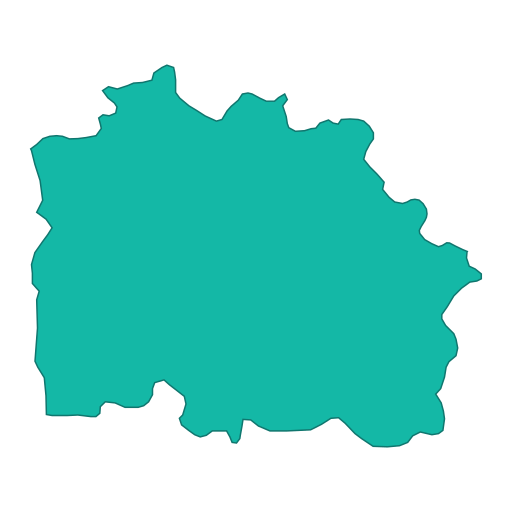 Svislach, Grodno, Belarus (Mercator projection)
{"feature_id": "67162791B1668576645583", "entity_name": "Svislach", "entity_type": "district", "adm_level": 2, "iso_a3": "BLR", "parent_name": "Belarus", "parent_adm1": "Grodno", "projection": "mercator", "projection_center": [24.286, 52.932], "detail": "fine", "context": "isolated", "style": "filled", "palette": "teal", "viewbox_px": 512, "rotation_deg": 0, "n_neighbors": 0, "source": "geoboundaries", "source_scale": "gbopen_adm2", "svg_char_len": 2601}
<svg xmlns="http://www.w3.org/2000/svg" viewBox="0 0 512 512"><path d="M467.3,251.5L462.7,249.6L455.0,245.9L449.6,243.0L446.7,242.8L442.3,245.5L438.5,246.7L431.6,243.6L424.7,239.6L419.7,233.4L419.3,230.4L421.2,226.5L424.9,220.6L426.4,217.3L427.0,213.9L426.4,209.1L423.1,203.7L419.1,200.1L414.9,199.3L410.9,199.9L407.2,202.0L402.6,203.5L394.7,202.0L389.0,197.2L382.6,189.4L384.1,182.2L377.0,174.1L369.8,166.9L363.7,159.3L365.8,151.6L369.8,144.0L373.4,138.9L373.4,132.8L369.3,126.2L363.7,121.1L358.1,119.5L350.0,119.0L341.3,119.5L338.2,124.1L333.1,123.1L328.5,120.0L319.9,123.1L315.8,128.2L311.2,128.7L304.6,130.7L295.4,131.3L288.8,127.7L287.3,123.6L286.2,116.5L282.7,105.8L287.3,99.6L284.7,94.0L278.6,97.6L274.5,101.2L272.0,101.2L266.3,101.2L259.7,98.1L252.1,94.0L248.0,93.0L242.4,94.0L238.3,100.2L231.2,106.3L227.1,110.9L222.0,119.5L216.4,121.1L205.2,116.0L196.5,110.4L188.9,105.8L179.7,98.1L175.6,92.5L175.6,86.4L175.6,79.8L174.6,72.1L173.6,67.5L169.5,66.1L166.9,65.2L162.0,67.5L153.9,73.0L151.9,80.2L142.5,82.5L133.6,83.1L127.4,85.7L117.3,89.0L108.5,86.7L102.6,90.6L107.9,97.8L114.4,103.0L117.0,106.9L115.7,113.1L109.2,115.8L103.0,114.8L98.7,118.0L100.4,124.2L101.3,128.5L96.1,135.7L86.0,137.6L77.8,138.6L69.4,138.9L62.5,136.3L56.6,135.7L49.8,136.3L42.9,138.6L36.7,144.5L30.7,148.9L31.5,150.6L34.9,164.3L40.1,180.6L42.7,200.3L36.7,212.3L46.1,219.2L52.1,227.8L47.8,234.6L42.7,241.5L34.9,252.6L31.5,264.6L32.4,273.2L32.4,283.5L39.2,291.2L36.7,299.8L37.5,328.1L35.0,361.2L37.8,367.2L44.3,377.7L46.0,395.8L46.4,414.5L52.0,415.5L67.4,415.5L77.8,415.0L91.0,416.6L95.9,416.6L99.8,413.3L100.3,406.7L105.3,401.8L115.1,402.9L125.0,407.3L138.2,407.3L143.7,405.7L148.6,401.8L152.5,394.7L152.5,388.6L154.7,382.6L164.0,379.9L169.5,384.8L174.4,388.6L184.3,396.3L186.0,404.0L182.7,415.0L179.4,418.3L181.6,424.9L188.7,430.4L194.7,434.7L200.2,436.9L206.3,435.3L212.3,430.9L220.5,430.9L226.6,430.9L229.9,436.9L232.1,442.4L236.5,443.0L239.8,438.6L240.3,435.3L241.9,426.5L243.0,419.4L250.7,419.9L258.4,426.0L269.9,430.9L282.0,430.9L287.0,430.9L310.6,429.8L321.5,424.3L330.9,418.3L338.6,417.7L345.1,423.2L355.0,433.6L361.6,438.6L373.1,446.3L387.4,446.8L399.5,445.7L407.7,442.4L412.7,435.8L420.3,432.0L431.9,434.7L438.5,433.6L442.9,430.4L444.5,418.8L443.4,411.1L441.2,402.9L435.7,394.1L440.7,388.6L444.5,377.1L446.1,367.2L448.9,361.7L456.0,355.7L457.7,348.0L456.0,339.2L453.8,333.7L445.6,325.5L441.8,318.9L441.8,314.5L447.2,306.8L453.8,295.9L461.5,288.2L469.8,282.1L476.9,281.0L481.3,278.8L481.3,273.9L475.2,269.0L469.2,266.2L466.5,258.0L467.0,252.0L467.3,251.5Z" fill="#14b8a6" stroke="#0f766e" stroke-width="1.5"/></svg>